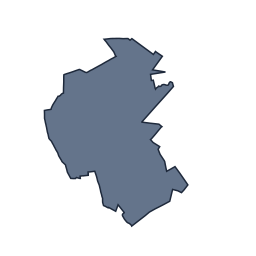 Pilu, Arad, Romania, rotated 313°
{"feature_id": "2599482B37446473597152", "entity_name": "Pilu", "entity_type": "district", "adm_level": 2, "iso_a3": "ROU", "parent_name": "Romania", "parent_adm1": "Arad", "projection": "mercator", "projection_center": [21.361, 46.586], "detail": "fine", "context": "isolated", "style": "filled", "palette": "slate", "viewbox_px": 256, "rotation_deg": 313, "n_neighbors": 0, "source": "geoboundaries", "source_scale": "gbopen_adm2", "svg_char_len": 3294}
<svg xmlns="http://www.w3.org/2000/svg" viewBox="0 0 256 256"><g transform="rotate(313 128 128)"><path d="M131.8,188.7L130.7,188.4L128.9,187.8L127.2,187.3L122.7,185.8L124.8,182.8L126.9,179.9L128.5,177.7L128.9,176.6L130.6,169.5L131.4,167.8L133.0,164.5L135.6,164.0L136.0,163.9L134.5,156.2L134.7,154.3L134.9,152.3L136.1,152.5L141.3,152.3L146.3,152.0L151.3,151.7L152.1,151.9L151.9,148.0L146.6,140.9L141.8,134.2L142.0,134.0L162.4,133.5L179.7,133.2L189.4,132.9L191.4,129.6L190.9,127.7L190.6,127.4L190.2,127.3L188.9,127.4L187.8,127.9L187.4,128.0L186.5,128.0L186.0,127.5L185.4,126.7L184.7,125.1L184.3,124.6L183.8,124.1L182.9,123.6L182.3,123.4L181.4,123.6L180.8,123.5L180.6,123.3L180.4,123.2L180.0,122.9L179.7,121.9L179.4,121.9L179.1,121.8L178.6,121.9L178.2,121.9L177.5,121.7L176.7,121.5L176.3,121.5L175.9,121.5L175.2,121.7L175.3,121.3L175.7,120.5L177.6,117.8L180.2,113.9L178.7,112.7L179.0,112.3L182.6,107.9L194.5,117.2L187.3,106.3L203.9,104.2L202.9,97.7L202.7,96.1L202.7,95.9L202.2,96.0L199.1,96.4L197.2,80.3L196.0,69.9L193.6,69.6L193.4,67.0L191.8,65.3L190.1,63.6L187.4,60.3L181.6,54.3L179.8,52.8L176.8,50.2L176.6,50.0L176.4,51.0L176.2,53.1L175.7,55.6L175.3,57.8L175.0,60.0L174.6,62.4L174.2,64.6L173.9,66.0L173.7,66.4L173.0,68.0L172.4,69.3L172.3,70.4L171.5,70.1L169.1,69.4L166.6,68.5L164.2,67.8L161.9,67.0L160.3,66.5L158.6,66.0L158.3,65.9L156.2,65.3L155.1,64.9L152.4,64.0L149.7,63.1L146.9,62.2L145.7,61.8L145.1,61.5L144.2,61.2L143.5,61.0L140.8,60.2L140.5,60.0L140.3,59.9L140.2,59.7L139.6,58.7L138.8,55.9L137.9,53.1L137.9,52.8L137.6,52.6L137.4,52.3L136.9,52.1L135.7,51.4L133.4,50.2L131.8,49.4L130.7,48.8L128.3,47.5L126.4,46.4L124.2,45.2L123.2,44.8L122.2,45.6L119.8,47.8L118.0,49.5L115.8,51.4L113.6,53.3L111.6,55.1L109.5,57.0L108.7,56.5L108.1,56.4L107.5,56.2L107.1,56.2L106.6,56.2L106.2,56.3L105.2,56.2L104.4,55.9L104.2,55.9L103.8,55.5L103.5,55.2L102.8,55.4L100.6,55.8L98.5,56.3L96.2,56.7L93.7,57.2L91.5,57.9L90.1,58.4L89.2,59.0L89.0,58.9L86.0,56.5L83.8,54.9L83.3,55.4L82.9,55.8L81.3,57.4L79.7,58.9L78.1,60.4L76.9,62.2L75.5,64.1L74.3,66.0L74.0,66.3L73.1,67.7L72.2,68.9L71.4,70.0L70.0,71.9L68.9,73.8L67.6,75.6L66.4,77.4L66.2,79.1L66.1,81.0L65.3,83.2L64.7,85.2L64.1,86.7L63.6,88.3L62.8,90.4L62.7,90.9L61.9,93.6L60.5,96.1L60.4,96.3L59.7,98.6L59.1,100.8L58.4,102.8L58.4,105.1L58.4,107.4L57.4,108.9L56.4,110.6L55.4,112.2L54.4,113.7L53.8,115.4L53.2,117.2L52.7,118.7L52.1,120.5L53.0,121.6L54.0,122.8L55.3,124.1L56.6,124.0L58.1,126.9L58.6,127.5L59.5,126.4L60.1,125.8L61.6,127.0L62.8,128.2L63.2,128.5L64.7,129.8L66.3,131.2L67.3,130.3L67.1,130.2L68.6,128.8L70.3,130.4L72.0,131.8L73.1,132.7L73.4,132.9L73.7,133.3L73.3,133.9L72.1,136.2L71.1,138.0L70.1,139.6L68.6,141.8L67.6,143.8L66.7,145.8L65.3,147.9L64.0,149.9L62.8,151.5L62.6,151.8L61.3,154.0L60.2,155.6L59.3,157.3L57.7,158.8L56.3,160.2L55.4,161.7L54.6,163.0L55.3,165.0L55.8,167.0L56.1,168.0L56.7,168.0L58.7,175.8L65.1,173.1L63.6,182.8L63.5,183.0L61.3,182.8L60.7,183.1L60.1,183.8L59.5,185.7L58.9,187.6L58.6,189.6L58.4,191.3L58.6,192.8L59.1,194.0L59.2,195.7L59.1,196.8L59.0,197.2L58.8,197.6L72.9,199.9L76.0,200.4L81.1,201.0L87.4,203.0L91.7,204.6L93.1,205.1L95.3,205.9L102.9,208.5L113.5,202.5L115.3,205.9L116.0,207.1L117.2,211.2L120.8,211.2L127.2,210.6L127.9,207.6L130.2,197.0L131.5,190.3L131.8,188.7Z" fill="#64748b" stroke="#1e293b" stroke-width="1.5"/></g></svg>